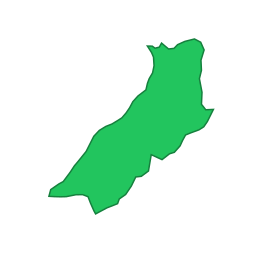 Gerani, Cyprus (orthographic projection), rotated 253°
{"feature_id": "46923920B71486587223903", "entity_name": "Gerani", "entity_type": "district", "adm_level": 2, "iso_a3": "CYP", "parent_name": "Cyprus", "parent_adm1": "", "projection": "orthographic", "projection_center": [33.922, 35.367], "detail": "fine", "context": "isolated", "style": "filled", "palette": "green", "viewbox_px": 256, "rotation_deg": 253, "n_neighbors": 0, "source": "geoboundaries", "source_scale": "gbopen_adm2", "svg_char_len": 1030}
<svg xmlns="http://www.w3.org/2000/svg" viewBox="0 0 256 256"><g transform="rotate(253 128 128)"><path d="M55.3,71.9L57.8,84.5L58.2,90.0L58.7,95.9L62.7,98.9L65.1,106.3L71.5,114.2L78.9,121.1L77.9,126.6L80.9,135.0L90.7,139.9L95.7,142.4L87.8,151.3L91.2,160.2L91.2,165.2L95.7,172.6L100.1,176.5L104.5,181.0L105.0,186.4L105.5,195.4L107.0,200.8L110.9,205.7L120.8,215.1L122.7,207.7L129.2,205.2L140.5,209.2L154.3,210.7L161.7,215.1L171.5,217.6L180.4,223.6L188.8,222.6L193.7,217.6L194.2,207.7L193.2,199.8L190.7,195.3L191.7,189.9L199.4,184.9L196.2,181.6L196.4,177.2L199.2,175.1L200.7,170.5L198.6,171.1L193.2,172.6L188.3,173.1L179.9,171.1L173.5,167.6L169.0,162.7L165.1,159.7L159.2,156.3L155.7,146.9L151.8,140.4L146.9,135.5L142.9,130.5L139.5,125.1L138.0,119.7L136.5,113.7L136.0,107.3L134.1,99.9L130.1,92.9L117.8,81.1L110.4,70.2L107.5,65.7L102.6,59.8L95.7,50.4L94.7,45.5L91.7,36.1L85.8,32.4L83.9,37.5L81.9,43.5L80.4,48.9L79.4,58.8L77.5,65.2L74.0,69.7L67.1,70.2L58.7,71.2L55.3,71.9Z" fill="#22c55e" stroke="#15803d" stroke-width="1.5"/></g></svg>